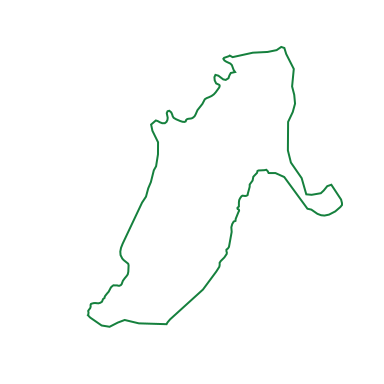 SVG path tracing the border of Ilam, rotated 71°
{"feature_id": "IRN-3221", "entity_name": "Ilam", "entity_type": "Province", "adm_level": 1, "iso_a3": "IRN", "parent_name": "Iran", "parent_adm1": "", "projection": "equal_earth", "projection_center": [46.793, 33.074], "detail": "fine", "context": "isolated", "style": "outline", "palette": "green", "viewbox_px": 384, "rotation_deg": 71, "n_neighbors": 0, "source": "natural_earth", "source_scale": "10m", "svg_char_len": 2670}
<svg xmlns="http://www.w3.org/2000/svg" viewBox="0 0 384 384"><g transform="rotate(71 192 192)"><path d="M76.3,119.0L75.6,118.0L75.6,113.0L75.3,111.9L77.7,109.7L80.1,89.1L84.2,74.9L85.4,65.8L83.9,60.4L85.9,57.8L92.2,58.0L108.8,55.7L124.8,63.0L133.4,63.7L142.0,65.8L149.2,70.7L157.0,78.3L183.9,87.8L196.4,88.9L214.6,83.8L231.4,84.7L233.6,79.8L235.1,70.6L233.5,67.0L230.5,62.2L230.5,57.9L247.7,53.5L251.3,53.8L253.1,54.4L254.5,56.6L257.0,62.9L258.0,69.8L257.4,74.4L256.0,77.5L253.5,80.5L247.5,84.9L245.4,88.3L207.9,99.9L201.3,106.9L199.0,113.4L197.1,113.6L195.2,114.5L194.9,116.6L193.3,122.1L193.4,123.2L195.1,124.3L197.5,129.0L200.9,131.0L203.7,135.0L205.9,135.8L211.8,139.8L212.9,140.3L213.3,141.6L213.1,143.0L211.9,145.5L212.2,146.7L213.6,148.6L215.0,150.0L217.0,151.0L221.0,152.4L221.2,152.8L221.4,153.4L221.7,154.1L222.5,154.4L223.1,154.3L223.6,153.6L224.3,153.4L225.1,153.6L225.7,154.2L226.3,154.8L231.6,159.4L233.5,160.3L233.5,162.2L235.4,164.4L238.2,166.3L242.7,167.5L255.9,174.9L257.1,176.4L257.7,178.2L259.1,178.7L260.7,178.8L261.9,179.4L264.4,182.7L266.6,187.2L267.9,188.9L270.0,189.6L271.6,190.5L275.1,194.9L287.8,213.4L305.3,254.2L307.4,257.7L308.7,259.1L298.9,285.0L291.1,297.3L291.3,304.6L292.6,313.8L288.8,320.9L277.5,329.2L274.6,330.5L274.4,330.1L272.3,329.1L270.7,328.9L269.7,327.7L268.8,326.2L267.5,325.2L265.8,324.7L265.0,324.0L264.9,322.9L265.1,320.9L265.6,319.3L266.2,318.1L266.8,316.7L266.9,314.7L266.4,312.8L264.3,311.0L263.7,309.2L262.6,308.6L261.9,307.8L260.0,304.8L259.6,304.0L259.1,303.2L255.9,299.8L255.4,298.9L254.7,297.0L254.7,296.3L255.1,295.7L256.0,293.1L256.6,292.3L257.0,291.3L256.9,289.7L256.3,288.6L253.4,286.2L251.6,283.6L250.3,281.4L249.0,279.6L246.7,278.2L240.6,275.8L239.0,275.7L234.1,278.8L232.2,279.6L228.4,280.1L225.0,279.2L221.7,277.3L218.3,274.4L185.8,242.7L181.4,237.0L174.3,232.2L169.4,227.8L169.0,227.5L159.0,221.0L156.0,217.6L145.3,211.9L133.9,207.9L121.2,209.5L114.9,208.7L112.6,202.9L113.9,201.2L115.7,199.6L117.3,197.7L118.1,195.3L117.4,193.3L115.9,191.8L113.9,190.8L109.2,190.2L107.7,188.8L107.8,187.0L110.0,185.7L112.3,185.5L114.1,185.6L115.9,185.2L118.1,183.3L121.0,180.1L122.5,178.1L123.3,176.3L123.2,175.0L122.0,174.1L121.5,172.8L121.6,171.6L122.2,168.9L122.2,167.4L121.3,165.0L119.8,163.3L116.4,160.2L112.1,153.5L108.5,149.7L108.0,147.6L107.9,145.2L107.6,142.3L106.8,139.6L105.5,137.2L102.0,132.2L101.6,131.9L101.3,131.7L100.9,131.4L100.2,131.2L99.7,131.3L99.2,131.7L97.2,133.8L93.9,134.2L90.7,133.4L88.9,131.7L90.6,129.2L95.7,125.8L97.0,123.6L96.3,120.5L94.0,118.7L92.1,116.6L92.6,112.2L90.2,112.9L85.0,113.0L83.1,113.9L79.9,117.2L78.2,118.5L76.3,119.0Z" fill="none" stroke="#15803d" stroke-width="2"/></g></svg>